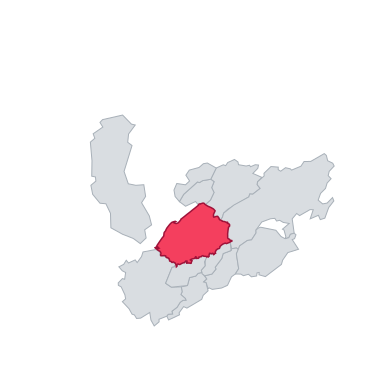 Poland and the surrounding countries, rotated 319°
{"feature_id": "POL", "entity_name": "Poland", "entity_type": "country or territory", "adm_level": 0, "iso_a3": "POL", "parent_name": "Europe", "parent_adm1": "", "projection": "robinson", "projection_center": [19.099, 51.929], "detail": "fine", "context": "with_neighbors", "style": "filled", "palette": "rose", "viewbox_px": 384, "rotation_deg": 319, "n_neighbors": 11, "source": "natural_earth", "source_scale": "50m", "svg_char_len": 8877}
<svg xmlns="http://www.w3.org/2000/svg" viewBox="0 0 384 384"><g transform="rotate(319 192 192)"><path d="M107.3,165.8L116.5,154.6L119.3,144.4L115.2,140.1L115.5,128.6L120.1,120.6L126.6,120.7L129.0,117.3L126.7,114.3L137.1,102.7L148.0,87.7L153.9,87.7L155.6,83.2L167.3,84.5L168.2,79.1L172.0,78.7L190.1,88.4L190.8,101.0L193.1,104.2L182.2,106.6L176.1,112.3L177.2,117.6L154.2,131.9L149.3,144.0L154.0,150.1L160.4,154.9L154.1,164.9L146.9,167.0L144.1,182.0L139.9,190.3L131.5,189.5L127.2,196.6L119.1,197.0L117.2,188.5L111.9,178.4L107.3,165.8Z" fill="#d9dde1" stroke="#a8b0b8" stroke-width="1"/><path d="M226.0,189.8L233.5,192.0L234.7,194.2L238.3,193.2L245.4,195.3L246.4,199.5L245.0,201.9L249.9,207.9L253.0,209.6L252.7,211.3L257.6,212.9L259.9,215.3L257.2,217.3L250.1,217.9L254.3,226.8L248.1,227.3L246.0,229.3L245.8,234.0L236.4,233.5L234.3,231.4L231.7,233.0L207.6,228.5L202.0,228.7L198.1,231.2L194.6,231.6L194.4,227.5L192.0,223.2L196.3,221.4L196.3,217.7L194.2,214.2L193.8,210.2L200.6,210.2L208.3,206.8L209.7,201.6L215.4,198.7L214.5,194.7L226.0,189.8Z" fill="#d9dde1" stroke="#a8b0b8" stroke-width="1"/><path d="M282.8,286.7L286.7,289.0L294.4,288.4L293.2,291.8L285.0,293.4L275.1,298.9L270.7,297.0L272.1,292.5L263.6,289.8L271.9,284.9L269.5,282.7L257.7,280.4L256.9,276.9L250.0,278.0L242.1,290.1L238.5,288.5L235.1,290.0L231.6,288.3L233.5,287.3L236.5,281.1L235.9,279.4L244.7,279.5L240.9,274.8L239.6,270.9L236.8,269.4L237.2,266.2L233.7,263.7L225.0,260.4L215.3,262.7L213.5,264.9L205.5,267.2L202.0,264.9L192.6,263.9L189.4,265.9L188.8,263.4L184.7,260.8L188.1,254.6L189.7,255.2L187.7,251.0L194.2,243.2L197.8,242.2L198.5,239.6L194.6,231.6L198.1,231.2L202.0,228.7L214.9,229.3L231.7,233.0L234.3,231.4L236.4,233.5L245.8,234.0L246.0,229.3L248.1,227.3L257.0,227.2L258.6,225.1L268.3,224.6L273.4,229.8L271.7,231.7L272.6,234.5L278.5,235.0L281.4,239.0L281.5,240.8L291.1,244.0L296.6,242.5L301.6,246.8L317.0,249.8L317.4,252.5L314.9,257.4L317.1,262.6L316.3,265.7L309.1,266.4L305.5,269.0L305.7,273.2L299.8,273.9L295.1,276.9L288.1,277.4L281.9,280.9L282.8,286.7Z" fill="#d9dde1" stroke="#a8b0b8" stroke-width="1"/><path d="M146.6,259.2L146.1,267.4L141.9,267.5L143.3,269.5L139.3,277.1L132.7,277.3L128.9,279.4L112.0,276.3L110.5,273.0L103.0,274.7L102.0,276.5L90.4,273.2L91.5,269.2L93.8,268.7L97.4,271.3L98.6,268.8L105.2,269.2L110.6,267.5L114.1,267.8L116.4,269.7L117.1,268.2L116.3,262.1L119.0,260.9L121.7,256.6L127.2,259.6L134.0,255.0L139.7,257.9L143.2,257.4L146.6,259.2Z" fill="#d9dde1" stroke="#a8b0b8" stroke-width="1"/><path d="M184.7,260.8L188.8,263.4L189.4,265.9L184.9,267.8L176.9,280.5L170.9,282.3L166.2,281.9L157.6,285.7L151.4,283.9L143.4,278.8L142.0,275.6L140.7,275.5L143.3,269.5L141.9,267.5L146.1,267.4L146.7,263.6L153.2,267.0L159.5,265.9L160.1,264.0L170.9,261.7L175.1,258.9L183.1,261.8L184.7,260.8Z" fill="#d9dde1" stroke="#a8b0b8" stroke-width="1"/><path d="M231.6,288.3L235.1,290.0L238.5,288.5L242.1,290.1L242.4,292.5L238.8,294.5L236.4,293.7L234.8,305.1L224.6,300.6L215.7,302.9L212.0,305.3L191.9,304.0L188.2,298.4L189.9,296.8L188.0,295.7L185.7,297.8L181.2,295.0L180.6,291.1L175.9,288.9L175.0,286.0L170.9,282.3L176.9,280.5L184.9,267.8L192.6,263.9L202.0,264.9L205.5,267.2L213.5,264.9L215.3,262.7L218.4,262.7L220.7,263.6L230.2,275.9L230.0,284.0L231.6,288.3Z" fill="#d9dde1" stroke="#a8b0b8" stroke-width="1"/><path d="M214.5,194.7L215.4,198.7L209.7,201.6L208.3,206.8L200.6,210.2L193.8,210.2L192.0,207.3L188.3,206.4L188.4,201.5L177.8,198.5L176.2,191.0L184.2,188.3L202.7,188.0L203.8,189.8L207.5,190.4L214.5,194.7Z" fill="#d9dde1" stroke="#a8b0b8" stroke-width="1"/><path d="M219.1,178.1L222.6,180.2L226.0,189.8L214.5,194.7L207.5,190.4L203.8,189.8L202.7,188.0L184.2,188.3L176.2,191.0L176.3,184.3L179.7,178.7L186.1,175.6L191.8,182.3L197.4,182.1L198.4,175.3L204.3,173.7L213.4,178.1L219.1,178.1Z" fill="#d9dde1" stroke="#a8b0b8" stroke-width="1"/><path d="M126.9,211.6L128.4,216.3L126.4,218.7L128.9,222.0L130.5,226.9L129.9,230.1L132.7,235.9L129.4,236.9L127.5,235.8L112.2,243.6L114.0,250.3L121.7,256.6L119.0,260.9L116.3,262.1L117.1,268.2L116.4,269.7L114.1,267.8L110.6,267.5L105.2,269.2L98.6,268.8L97.4,271.3L93.8,268.7L91.5,269.2L83.6,266.4L82.0,268.4L75.6,268.3L77.0,261.7L81.1,255.2L70.5,253.5L67.2,251.1L67.9,247.0L66.6,244.9L67.9,238.7L67.5,229.1L71.8,229.1L73.9,225.6L76.3,217.2L75.2,214.1L76.7,212.2L82.7,211.7L83.9,213.7L89.1,209.2L87.7,205.7L87.7,200.5L93.0,201.8L97.6,200.4L97.5,203.9L104.6,206.0L104.3,209.3L111.6,207.6L115.7,205.1L126.9,211.6Z" fill="#d9dde1" stroke="#a8b0b8" stroke-width="1"/><path d="M188.1,254.6L183.1,261.8L175.1,258.9L170.9,261.7L160.1,264.0L159.5,265.9L153.2,267.0L146.7,263.6L146.0,260.4L147.7,257.1L153.5,256.3L158.5,250.8L164.1,250.1L167.8,253.4L172.2,251.4L175.7,252.3L181.0,251.0L188.1,254.6Z" fill="#d9dde1" stroke="#a8b0b8" stroke-width="1"/><path d="M132.7,235.9L136.1,238.9L141.6,239.7L141.1,242.2L145.0,244.1L146.1,241.7L151.2,242.7L151.8,245.6L157.3,246.2L160.7,250.8L155.6,252.9L153.5,256.3L147.7,257.1L146.6,259.2L143.2,257.4L139.7,257.9L134.0,255.0L127.2,259.6L114.0,250.3L112.2,243.6L127.5,235.8L129.4,236.9L132.7,235.9Z" fill="#d9dde1" stroke="#a8b0b8" stroke-width="1"/><path d="M195.2,232.1L195.6,232.8L195.8,233.3L195.6,233.7L195.7,234.0L196.1,234.5L197.2,235.7L197.8,237.0L198.1,237.4L199.0,238.1L199.0,238.3L198.7,238.5L198.3,238.6L198.1,238.9L198.3,239.1L198.6,239.4L199.0,240.4L199.0,241.2L198.7,241.4L198.4,241.9L198.2,242.3L196.3,242.6L195.8,243.1L194.8,243.9L194.1,244.5L193.1,245.4L191.4,247.0L190.8,247.7L190.4,248.2L189.1,249.7L188.7,250.4L188.7,250.9L189.2,252.1L189.3,252.6L189.2,253.2L189.1,253.6L189.1,253.8L189.5,254.1L190.2,254.7L190.2,254.8L190.1,255.0L189.9,255.2L189.1,255.0L188.2,254.7L187.9,254.7L187.4,254.7L185.4,254.0L184.1,253.5L183.9,253.1L183.7,252.6L183.1,252.2L181.8,251.8L181.2,251.6L179.1,251.4L178.2,251.4L177.5,251.5L177.1,251.5L176.5,252.2L176.1,252.4L175.5,252.5L175.0,252.3L174.5,252.0L173.7,251.7L173.1,251.8L172.6,251.8L172.2,251.7L172.1,251.8L171.8,251.8L171.4,252.0L170.9,252.3L170.3,252.5L169.9,252.9L169.6,253.7L168.5,253.3L168.2,253.5L167.7,253.6L167.3,253.5L167.4,253.2L167.6,252.9L167.6,252.4L167.5,251.9L167.1,251.8L166.6,251.7L166.4,251.6L166.4,251.4L166.1,251.2L165.7,250.7L165.3,250.0L165.0,249.8L164.6,250.1L164.0,250.5L163.6,250.6L162.8,251.7L161.5,251.7L161.4,251.2L161.3,250.7L160.5,250.6L160.5,250.4L160.3,249.7L158.8,248.3L158.6,247.8L158.6,247.5L158.5,247.2L158.2,247.0L157.0,246.7L156.6,246.9L156.3,246.7L155.9,246.4L155.1,246.1L154.8,245.8L154.6,245.7L154.5,245.9L154.3,246.1L153.5,246.3L153.2,246.2L152.9,246.0L152.5,245.5L152.1,245.1L151.7,245.0L151.4,244.8L151.4,244.6L152.3,244.3L152.5,243.9L152.4,243.3L152.2,243.2L151.9,243.4L151.1,243.6L150.5,243.7L150.1,243.7L148.2,242.6L147.0,242.2L146.2,242.1L146.1,242.3L146.5,242.9L147.0,243.7L147.0,243.9L146.3,244.2L145.9,244.3L145.4,244.6L145.0,245.0L144.7,245.2L144.4,245.1L144.1,244.9L143.3,243.8L142.3,242.9L142.2,242.7L141.9,242.6L141.5,242.4L141.3,242.2L141.5,241.9L141.8,241.6L142.4,241.5L142.6,241.3L142.7,241.1L142.9,240.8L142.8,240.7L142.4,240.4L141.9,240.0L140.3,240.3L139.9,240.4L139.6,240.2L139.4,239.9L139.0,239.8L138.5,239.6L137.9,239.3L137.2,239.2L135.9,238.8L135.4,238.8L135.1,238.6L134.8,238.3L134.6,238.0L134.4,237.3L133.5,236.9L132.5,236.8L132.5,237.6L132.4,237.9L131.8,238.2L131.1,238.2L132.0,236.8L132.3,236.0L132.7,234.6L132.3,233.4L132.2,232.9L132.0,232.6L130.7,232.1L130.6,231.9L130.8,231.1L130.7,230.8L130.4,230.5L130.0,229.8L129.9,229.3L130.4,228.6L130.6,228.1L130.8,227.4L131.0,227.1L130.7,226.7L130.6,226.3L130.7,225.8L130.5,225.4L130.1,225.2L129.8,224.8L129.7,224.4L129.8,223.8L130.2,222.9L129.4,221.8L127.6,220.5L126.7,219.7L126.8,219.2L127.2,218.7L128.0,218.3L128.5,217.6L128.8,216.7L128.9,215.9L128.1,213.4L128.0,212.8L127.9,212.1L127.9,211.9L129.5,212.4L130.2,212.7L130.1,212.3L130.0,212.1L130.1,211.6L130.1,211.0L128.6,210.7L127.6,210.6L127.5,210.1L127.6,209.8L127.9,210.0L128.8,210.1L131.2,209.2L135.3,208.1L139.7,207.0L140.7,206.9L141.8,206.7L142.1,206.3L142.5,206.1L143.1,205.4L144.5,204.3L146.8,203.9L147.6,203.4L149.5,202.7L153.6,201.9L155.3,201.7L157.0,201.7L158.5,202.3L160.1,203.1L160.3,203.6L159.5,203.3L158.2,202.6L157.8,202.5L158.8,204.7L159.4,205.4L160.6,206.0L161.6,206.2L164.7,205.8L165.7,205.4L166.1,205.2L166.3,205.3L168.3,205.4L170.4,205.5L173.6,205.6L177.0,205.8L180.5,205.9L184.3,206.1L188.3,206.2L188.5,206.1L188.9,205.7L189.4,205.8L190.0,206.0L190.3,206.2L190.4,206.4L190.5,206.6L190.8,206.6L191.4,206.8L192.2,207.2L192.9,207.5L193.5,208.1L193.7,208.6L193.7,209.3L193.7,209.7L193.7,209.9L194.6,213.0L196.1,216.1L196.6,217.5L196.9,218.3L197.1,219.4L197.1,220.2L197.1,220.6L197.1,221.3L196.7,221.6L194.1,222.7L193.6,223.0L192.8,223.8L192.1,224.6L192.0,224.9L191.9,225.1L192.1,225.4L193.0,225.8L194.0,226.2L194.3,226.4L195.0,226.8L195.3,227.1L195.4,227.3L195.4,228.0L195.1,228.8L195.3,229.5L195.0,229.9L194.7,230.4L194.7,231.2L195.2,232.1Z" fill="#f43f5e" stroke="#9f1239" stroke-width="1.5"/></g></svg>